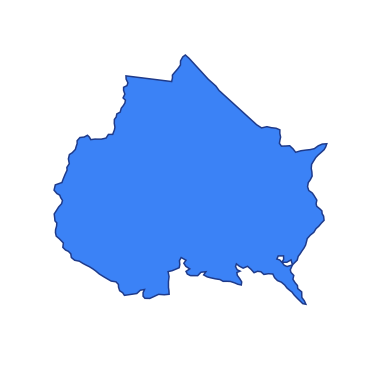 Jacinto Machado, Santa Catarina, Brazil, rotated 257°
{"feature_id": "56859067B27526397401778", "entity_name": "Jacinto Machado", "entity_type": "district", "adm_level": 2, "iso_a3": "BRA", "parent_name": "Brazil", "parent_adm1": "Santa Catarina", "projection": "equal_earth", "projection_center": [-49.876, -29.0], "detail": "fine", "context": "isolated", "style": "filled", "palette": "blue", "viewbox_px": 384, "rotation_deg": 257, "n_neighbors": 0, "source": "geoboundaries", "source_scale": "gbopen_adm2", "svg_char_len": 3145}
<svg xmlns="http://www.w3.org/2000/svg" viewBox="0 0 384 384"><g transform="rotate(257 192 192)"><path d="M320.0,153.8L316.8,153.2L312.8,154.1L310.3,152.6L309.4,148.9L306.5,148.2L302.5,148.6L299.2,146.0L296.5,147.8L293.9,146.7L291.8,144.7L289.5,141.9L286.0,140.0L285.0,136.3L282.1,135.0L280.2,132.7L276.3,131.7L272.5,131.5L270.0,130.4L266.0,127.7L266.9,123.5L263.9,120.4L263.9,115.5L265.4,109.2L265.8,105.1L268.5,104.4L270.8,102.9L269.8,99.3L270.3,95.1L267.8,91.6L265.0,91.0L262.6,89.5L259.7,87.9L257.2,84.1L256.1,81.0L252.1,79.0L247.2,78.8L244.1,75.6L241.4,75.2L237.4,72.1L233.7,69.5L230.5,67.4L229.7,60.4L224.8,58.0L220.9,60.0L218.7,62.4L216.0,62.8L212.9,63.9L209.9,62.3L207.4,58.7L204.8,56.1L201.6,52.8L197.9,52.4L194.7,52.0L192.3,53.3L189.3,52.4L186.0,50.6L183.1,49.8L179.5,49.8L176.3,52.2L171.3,55.2L167.1,53.7L163.9,55.7L162.0,58.2L159.0,60.0L155.3,59.7L151.9,62.3L149.9,66.7L146.9,69.7L144.4,72.6L142.3,75.2L139.5,78.0L137.0,80.2L133.0,83.2L129.1,87.1L125.9,90.5L123.4,93.2L121.6,97.7L118.5,99.5L115.9,99.0L112.1,99.3L109.4,101.8L106.5,102.9L105.5,115.4L107.9,119.6L107.7,123.8L104.9,121.7L101.4,120.9L99.0,122.2L97.8,126.9L98.6,130.9L99.8,136.4L98.1,141.9L97.5,146.7L100.9,147.3L104.3,147.6L110.0,148.9L114.7,150.6L119.8,150.8L119.8,155.0L120.4,158.6L121.1,162.5L124.1,163.8L127.9,164.3L130.6,166.7L126.9,170.8L124.4,168.0L120.9,169.3L117.6,172.5L116.0,168.3L113.1,169.0L110.9,171.6L109.2,178.7L111.8,182.7L111.2,187.6L108.6,184.7L105.9,187.7L104.4,190.5L102.3,194.9L100.4,199.6L98.0,202.2L97.2,205.7L96.2,209.3L93.8,213.2L91.8,215.9L90.3,219.1L93.2,220.2L96.6,219.1L100.6,217.4L103.5,217.6L104.1,221.0L106.1,218.5L109.5,217.6L112.0,219.1L109.0,221.5L106.3,224.7L107.1,229.4L103.4,232.1L99.4,234.3L100.0,238.0L98.8,241.2L95.5,243.5L95.2,248.1L93.9,252.3L89.9,253.2L86.5,255.3L84.0,258.8L80.5,261.4L77.0,263.0L74.7,264.7L72.0,266.9L68.6,268.4L64.4,270.9L61.0,273.1L58.3,274.8L57.0,277.7L60.6,277.0L64.5,275.3L70.0,276.4L74.1,273.3L77.2,273.7L80.5,272.0L84.3,270.7L87.8,272.4L91.4,270.3L94.1,270.3L98.4,273.5L102.0,279.2L105.4,281.0L107.4,283.4L109.7,285.7L112.2,288.5L114.7,290.7L118.1,292.5L120.7,293.8L123.4,297.6L125.3,301.6L128.4,304.6L130.2,307.9L132.5,310.9L134.7,314.3L138.9,314.8L141.6,313.9L144.4,314.3L146.8,312.8L150.0,310.3L152.7,310.3L156.0,311.8L161.4,310.0L163.9,309.0L167.2,306.1L171.2,305.8L175.0,307.4L177.3,310.0L180.4,312.6L184.5,313.3L188.2,313.5L192.1,314.8L194.6,317.2L197.8,320.4L199.7,323.3L201.4,326.5L203.5,330.2L205.7,332.3L208.7,334.2L209.4,329.7L208.6,325.4L206.7,320.9L206.7,316.7L207.2,312.6L207.7,307.4L207.4,301.9L211.4,300.1L215.1,297.6L215.7,293.8L216.6,289.4L219.8,288.1L222.9,289.4L225.6,290.7L229.2,290.7L232.8,291.6L235.2,288.3L236.8,283.8L238.8,279.7L238.8,274.2L243.0,270.1L257.2,260.3L284.8,241.2L289.8,239.1L298.2,233.2L323.1,219.1L327.0,216.3L325.7,213.4L322.3,210.3L318.3,209.3L315.3,205.9L312.3,201.8L310.3,199.2L307.5,198.6L304.2,197.0L317.7,160.1L320.0,153.8ZM98.4,273.5L98.0,267.9L99.8,265.4L103.3,263.8L102.2,268.6L103.6,273.2L98.4,273.5ZM103.3,263.8L106.0,262.2L107.6,259.6L110.3,261.6L109.2,266.8L105.8,266.2L103.3,263.8Z" fill="#3b82f6" stroke="#1e3a8a" stroke-width="1.5"/></g></svg>